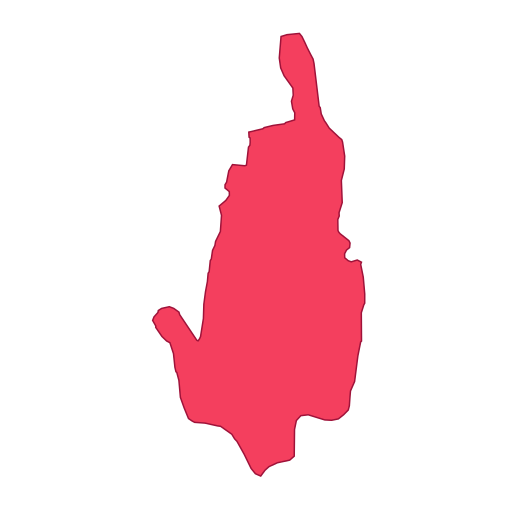 Fraijanes, Guatemala, rotated 177°
{"feature_id": "79465075B66624198993086", "entity_name": "Fraijanes", "entity_type": "district", "adm_level": 2, "iso_a3": "GTM", "parent_name": "Guatemala", "parent_adm1": "", "projection": "natural_earth1", "projection_center": [-90.439, 14.456], "detail": "fine", "context": "isolated", "style": "filled", "palette": "rose", "viewbox_px": 512, "rotation_deg": 177, "n_neighbors": 0, "source": "geoboundaries", "source_scale": "gbopen_adm2", "svg_char_len": 1932}
<svg xmlns="http://www.w3.org/2000/svg" viewBox="0 0 512 512"><g transform="rotate(177 256 256)"><path d="M257.8,365.1L260.8,347.2L262.4,346.7L274.7,348.5L278.7,342.5L281.5,331.3L283.2,328.8L283.4,325.5L281.4,323.7L279.3,321.7L279.4,317.9L283.2,313.1L290.2,307.8L288.3,298.4L290.3,282.3L295.6,272.7L296.5,268.6L299.1,263.9L300.8,255.3L301.9,253.8L303.6,242.8L304.7,241.3L305.9,232.9L308.3,223.0L310.6,210.6L311.8,196.3L315.6,178.4L316.9,176.0L318.3,174.3L319.5,174.9L335.3,201.4L335.9,204.0L340.9,208.0L345.2,209.9L353.0,208.6L356.4,206.7L356.9,204.7L361.0,200.6L362.6,197.1L359.7,191.3L359.9,190.0L354.1,180.5L349.7,175.8L346.5,173.9L343.5,162.8L342.8,149.1L342.0,144.6L341.2,143.9L339.5,135.8L338.9,118.8L335.7,108.1L331.9,97.2L328.5,94.6L326.0,93.1L315.7,91.8L303.1,88.3L300.3,87.8L289.5,79.3L286.9,74.5L284.7,71.9L278.2,58.7L272.0,44.1L268.0,38.6L262.8,36.0L258.2,41.6L254.0,45.0L245.5,48.4L233.0,50.4L228.3,54.1L226.6,80.8L224.3,89.6L219.6,94.2L212.2,94.7L195.9,88.7L189.1,88.0L182.3,89.0L176.8,92.9L171.9,97.4L170.6,101.6L169.5,110.6L168.7,116.3L164.1,125.5L159.5,150.9L156.0,164.7L155.1,165.5L153.8,193.8L150.9,201.6L149.9,203.2L149.4,212.3L150.0,229.3L151.9,242.2L151.0,244.3L155.1,246.7L161.2,245.2L164.2,246.5L167.5,249.6L167.4,253.6L165.3,257.2L162.1,259.5L161.4,264.0L162.4,266.4L170.8,273.8L172.0,275.3L172.8,277.1L172.4,288.2L170.8,291.6L170.8,294.9L167.1,304.8L166.8,327.0L163.3,338.3L162.2,351.1L163.6,365.3L164.3,367.8L167.0,370.2L176.2,379.9L179.4,385.6L180.6,387.4L183.4,394.4L184.1,400.8L185.1,402.3L188.0,445.2L188.7,449.7L190.9,454.4L194.0,461.4L196.0,466.5L198.6,472.7L201.0,476.0L213.5,475.4L219.5,473.9L222.4,452.5L221.5,442.5L218.5,434.5L210.4,421.8L210.4,414.6L212.5,408.7L211.6,401.0L209.8,397.0L210.3,389.9L219.3,387.7L220.6,386.5L232.1,385.5L241.1,383.8L242.5,382.7L256.7,380.1L256.7,375.0L255.7,374.1L255.9,369.5L256.3,366.9L257.8,365.1Z" fill="#f43f5e" stroke="#9f1239" stroke-width="1.5"/></g></svg>